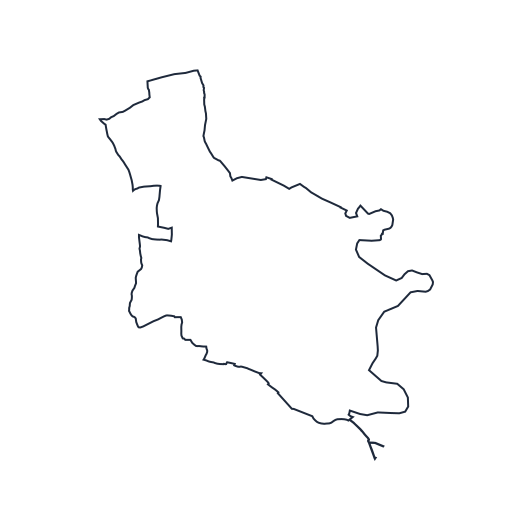 Radesti, Alba, Romania, rotated 196°
{"feature_id": "2599482B76876393099506", "entity_name": "Radesti", "entity_type": "district", "adm_level": 2, "iso_a3": "ROU", "parent_name": "Romania", "parent_adm1": "Alba", "projection": "natural_earth1", "projection_center": [23.757, 46.248], "detail": "fine", "context": "isolated", "style": "outline", "palette": "slate", "viewbox_px": 512, "rotation_deg": 196, "n_neighbors": 0, "source": "geoboundaries", "source_scale": "gbopen_adm2", "svg_char_len": 6046}
<svg xmlns="http://www.w3.org/2000/svg" viewBox="0 0 512 512"><g transform="rotate(196 256 256)"><path d="M384.6,408.3L395.9,401.8L408.5,394.0L407.2,390.2L406.4,387.9L405.7,386.9L404.8,386.2L403.6,383.6L403.1,382.1L401.9,379.2L402.6,378.0L403.1,377.0L406.1,375.1L407.9,373.2L410.6,371.3L415.5,367.3L418.1,363.7L422.1,359.4L423.8,357.8L427.3,356.2L429.2,354.2L431.3,351.3L433.5,349.5L434.9,347.4L437.2,345.9L439.6,345.8L443.8,344.4L442.2,343.1L440.1,342.1L438.4,341.3L436.8,340.8L434.8,336.6L433.5,334.1L432.7,332.5L431.4,330.2L430.6,329.5L428.0,327.7L427.0,326.9L426.1,326.3L425.4,325.7L424.6,325.0L422.6,322.8L422.1,322.1L421.5,321.3L420.9,320.5L420.6,320.1L419.9,318.8L419.2,317.8L418.3,317.0L417.2,316.0L416.3,315.2L415.5,314.7L414.6,314.2L414.0,313.7L412.3,312.2L412.0,311.9L410.4,310.8L408.9,309.6L407.2,308.0L404.9,306.0L402.4,303.8L401.0,301.9L399.5,299.6L397.9,297.0L396.4,294.6L394.3,290.4L393.4,288.1L392.7,285.8L392.2,284.8L391.8,285.5L391.2,286.2L390.5,287.0L389.7,287.5L388.5,288.3L387.7,289.2L387.2,289.6L382.8,291.8L376.4,294.1L374.0,295.2L370.5,296.4L367.7,297.0L367.0,297.0L366.4,292.8L365.1,286.1L364.7,282.9L365.2,279.5L365.1,277.2L364.7,274.8L363.7,271.7L363.0,269.9L360.7,265.3L359.1,260.1L358.4,257.3L351.9,257.8L347.8,257.9L344.8,260.0L342.8,253.4L342.4,251.3L341.8,247.8L341.7,246.7L343.4,246.7L345.9,246.7L351.3,245.8L353.3,245.1L355.7,244.5L357.7,244.1L360.6,243.6L363.6,243.7L365.2,244.0L367.8,243.6L370.6,243.6L372.2,243.8L374.3,244.0L373.6,241.6L372.2,238.3L371.0,235.5L370.3,233.8L370.1,233.0L370.0,230.9L369.1,229.3L368.0,226.6L366.8,224.3L365.7,222.5L365.6,221.0L364.8,218.7L364.3,217.6L363.5,216.5L362.8,215.7L362.6,213.4L362.9,211.8L364.3,209.8L365.4,208.3L365.6,206.0L365.7,203.8L365.6,201.9L364.9,199.9L364.2,198.0L363.8,196.7L364.1,193.8L364.1,191.9L365.2,188.7L365.3,186.5L365.1,185.0L364.5,183.9L364.0,182.4L363.6,180.5L363.5,179.5L363.8,178.1L364.2,176.2L364.0,174.9L363.6,173.2L363.6,172.2L363.6,170.9L363.3,170.3L362.9,168.2L362.1,167.4L361.6,166.8L360.1,165.3L358.9,164.4L357.7,163.9L356.6,163.9L355.5,163.6L354.4,162.8L352.9,159.5L351.8,158.0L349.9,155.6L348.9,155.1L347.5,155.4L345.0,157.2L336.5,165.1L332.7,168.0L330.0,170.6L327.7,172.7L325.9,174.1L324.7,174.5L321.1,175.2L317.9,175.5L317.2,174.8L311.5,176.5L309.8,174.4L308.7,171.8L308.7,169.6L308.3,167.3L307.6,165.0L307.0,163.0L306.4,160.7L305.7,158.9L303.7,156.6L302.4,156.8L300.8,155.9L297.8,156.8L295.9,157.3L293.3,154.9L290.8,153.7L288.9,153.0L287.6,153.2L285.7,153.8L283.7,154.1L282.0,154.4L278.9,155.2L278.1,153.4L276.9,151.8L276.5,150.4L276.6,148.3L277.0,146.7L277.2,144.9L277.5,142.9L277.8,141.9L276.7,141.9L274.9,141.9L273.4,141.7L271.9,141.6L270.1,141.7L267.3,142.0L266.2,141.8L263.6,141.8L260.9,142.2L257.3,143.1L257.1,143.5L255.5,143.6L254.9,143.9L254.7,145.1L254.5,145.9L250.5,146.2L246.7,146.4L246.8,144.9L245.6,144.7L243.2,144.6L242.4,144.7L241.4,144.9L240.0,145.6L238.6,145.7L234.7,145.7L233.4,145.7L231.9,145.4L230.3,145.3L227.8,145.0L225.5,144.7L223.0,144.5L220.7,144.3L218.7,144.7L219.4,143.1L212.5,139.5L210.0,138.1L208.7,137.1L208.7,136.7L209.1,135.9L204.2,134.0L201.1,133.0L199.0,132.1L196.9,131.1L197.2,130.1L195.7,129.2L191.4,126.5L179.4,119.0L177.6,119.4L157.7,117.5L155.9,115.6L153.9,114.4L151.8,113.4L149.9,113.0L147.3,113.0L144.1,113.5L142.2,114.3L139.4,115.3L137.6,116.6L135.9,118.8L134.4,120.4L132.8,121.5L130.4,122.3L128.9,122.8L126.1,123.4L123.7,123.6L122.2,123.4L121.9,123.3L121.2,124.3L119.1,123.6L117.3,122.9L116.5,122.6L115.9,122.3L114.5,121.6L107.7,117.9L106.3,116.9L105.6,116.6L104.8,116.1L104.0,115.5L102.5,114.4L101.5,113.8L100.1,112.9L99.0,112.3L97.8,111.4L97.1,110.7L97.0,110.3L97.3,109.9L97.4,109.3L97.3,109.0L95.9,107.5L95.4,106.8L90.9,100.6L88.6,97.5L86.4,94.4L85.8,93.7L85.4,95.0L85.9,95.0L86.4,95.1L87.2,96.0L91.2,101.7L93.4,104.5L95.4,107.3L95.7,107.7L95.2,107.9L94.3,108.0L91.9,108.6L90.7,108.9L89.7,109.0L88.2,108.8L81.3,108.0L81.2,108.3L88.3,109.1L89.7,109.3L90.7,109.1L92.0,108.9L94.3,108.3L95.2,108.1L95.9,107.9L96.6,108.7L97.1,109.1L97.1,109.5L97.0,109.9L96.7,110.4L96.8,110.8L98.0,111.9L99.7,112.9L102.1,114.4L103.6,115.5L105.3,116.7L107.8,118.3L112.0,120.5L114.6,121.8L116.1,122.7L118.7,123.7L121.0,124.5L118.6,127.9L120.2,128.0L121.3,128.2L123.2,129.0L123.0,130.0L123.0,131.3L123.2,133.3L112.4,132.8L105.2,133.6L95.8,139.2L82.4,142.4L74.9,144.3L69.7,147.5L68.2,153.2L71.0,161.8L77.3,168.6L85.0,172.1L96.0,170.4L101.0,170.4L115.9,177.4L114.4,185.1L112.7,190.3L111.9,193.5L112.8,198.7L114.1,202.5L120.9,220.3L120.8,228.0L117.4,237.8L105.8,247.1L97.4,263.7L91.1,266.9L83.1,268.4L81.1,269.7L79.4,271.8L78.3,277.4L78.7,279.8L79.7,281.1L84.0,285.4L86.8,286.0L91.3,284.4L96.7,284.6L102.0,285.1L105.7,283.3L108.2,279.4L109.9,275.0L114.5,271.1L126.7,272.9L146.5,279.4L156.6,283.5L161.7,289.7L162.2,296.0L161.0,299.8L150.1,302.3L149.4,302.4L141.5,305.3L140.6,306.2L140.5,306.7L141.6,309.9L141.2,310.6L141.0,312.1L140.3,312.2L140.8,315.7L139.7,316.7L136.3,318.6L135.6,319.0L134.5,320.1L133.8,321.7L133.5,323.4L134.2,328.8L135.1,330.5L136.6,332.5L138.8,334.1L142.1,334.7L146.0,334.6L148.8,335.4L149.9,333.8L153.4,332.0L158.8,327.6L160.0,327.6L169.5,333.2L170.5,330.6L171.0,329.7L171.7,324.9L169.6,322.0L176.4,318.5L180.5,319.4L181.9,321.6L181.3,324.7L188.1,325.9L188.1,326.3L199.7,328.1L208.4,329.3L220.6,332.4L226.7,335.1L229.0,335.7L233.6,337.4L240.8,331.7L242.6,329.7L248.6,331.3L262.2,333.7L262.2,334.3L267.7,334.5L267.7,332.6L272.3,330.4L291.4,328.1L295.8,325.5L299.5,322.0L301.1,324.1L302.6,325.5L303.9,328.5L306.7,330.6L311.0,333.7L316.4,337.3L317.2,337.7L318.4,337.6L320.9,338.2L323.3,338.7L324.2,339.3L327.6,342.4L329.1,343.6L332.0,346.8L333.6,348.6L335.1,350.3L336.0,351.1L337.0,352.3L338.7,355.6L339.6,356.8L339.9,359.7L340.1,362.5L341.1,367.9L341.6,374.1L343.4,379.2L344.6,381.4L346.3,385.4L347.5,387.4L349.0,392.1L349.1,394.0L349.5,394.0L349.4,395.4L350.0,397.3L350.9,398.5L351.0,399.3L352.0,401.0L352.3,403.3L353.2,404.0L353.5,405.5L355.5,407.4L358.4,411.9L358.7,413.2L359.9,413.8L363.3,418.3L366.8,417.0L374.1,412.6L384.6,408.3Z" fill="none" stroke="#1e293b" stroke-width="2"/></g></svg>